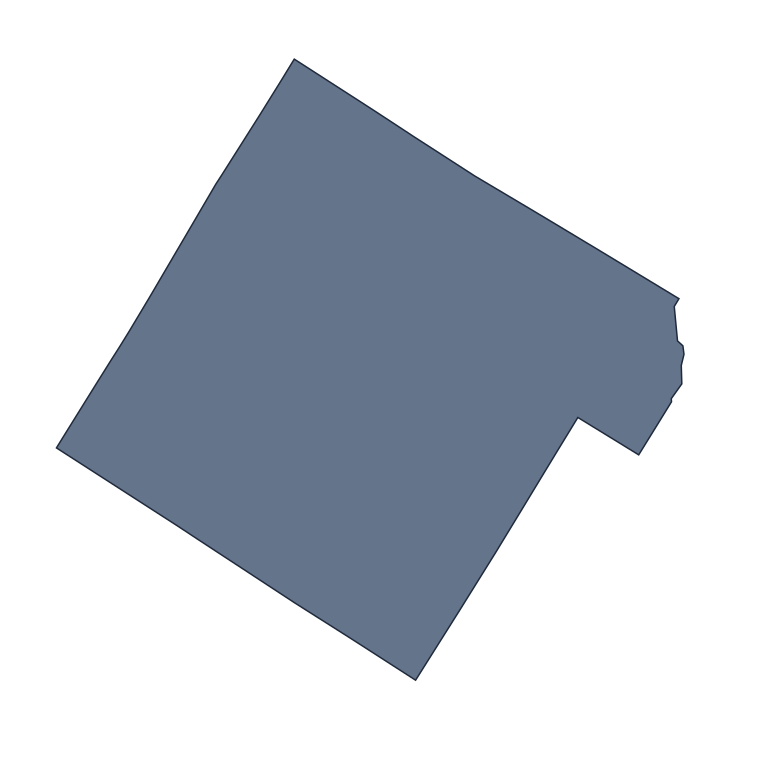 the district of DuPage, Illinois, United States of America, rotated 303°
{"feature_id": "52423323B58044967957870", "entity_name": "DuPage", "entity_type": "district", "adm_level": 2, "iso_a3": "USA", "parent_name": "United States of America", "parent_adm1": "Illinois", "projection": "robinson", "projection_center": [-88.069, 41.84], "detail": "fine", "context": "isolated", "style": "filled", "palette": "slate", "viewbox_px": 768, "rotation_deg": 303, "n_neighbors": 0, "source": "geoboundaries", "source_scale": "gbopen_adm2", "svg_char_len": 819}
<svg xmlns="http://www.w3.org/2000/svg" viewBox="0 0 768 768"><g transform="rotate(303 384 384)"><path d="M153.7,571.8L227.0,570.8L227.3,570.8L235.2,570.7L304.4,569.4L345.6,568.2L417.5,566.0L461.5,564.8L462.5,603.8L463.3,636.2L495.3,635.5L525.7,634.8L528.2,632.9L546.3,633.7L561.5,623.2L572.3,619.4L578.8,613.9L580.0,606.7L607.1,585.2L616.2,584.9L616.0,579.1L613.4,495.2L612.9,480.1L612.8,478.7L612.3,463.0L612.0,454.5L610.7,418.1L607.9,347.1L607.7,274.1L607.9,234.1L607.9,217.3L607.6,131.8L581.7,132.5L540.8,133.3L470.5,134.1L460.1,134.1L408.7,136.5L329.9,140.1L289.0,141.6L288.9,141.6L270.1,142.0L256.6,142.1L225.8,142.6L221.2,142.7L164.8,143.8L152.0,144.1L152.5,286.5L152.3,313.5L151.8,428.5L151.8,428.9L152.5,494.2L152.5,495.6L152.8,571.8L153.7,571.8Z" fill="#64748b" stroke="#1e293b" stroke-width="1.5"/></g></svg>